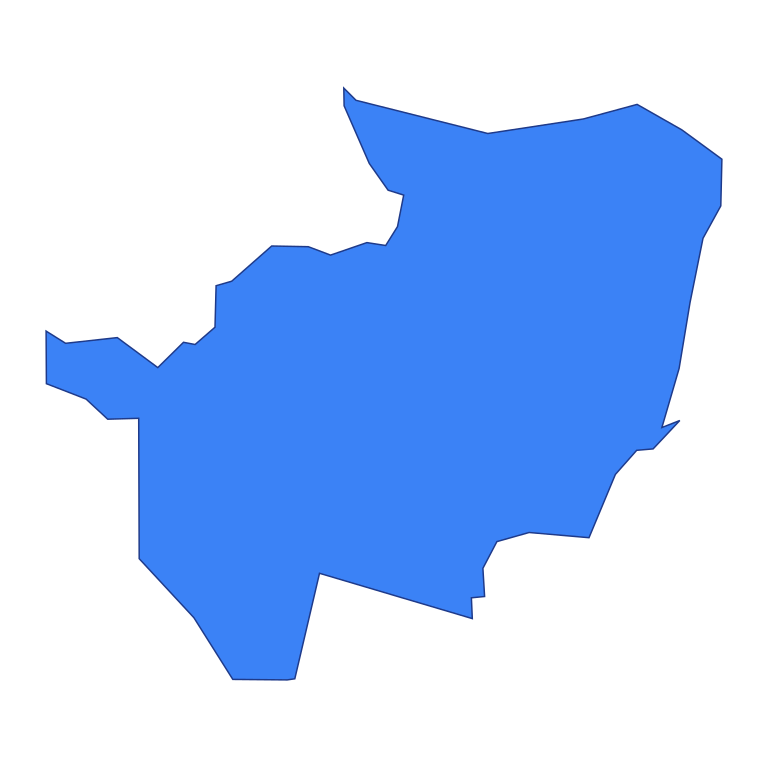 outline of Brantley, Georgia, United States of America
{"feature_id": "52423323B25931574604795", "entity_name": "Brantley", "entity_type": "district", "adm_level": 2, "iso_a3": "USA", "parent_name": "United States of America", "parent_adm1": "Georgia", "projection": "equal_earth", "projection_center": [-82.007, 31.192], "detail": "fine", "context": "isolated", "style": "filled", "palette": "blue", "viewbox_px": 768, "rotation_deg": 0, "n_neighbors": 0, "source": "geoboundaries", "source_scale": "gbopen_adm2", "svg_char_len": 763}
<svg xmlns="http://www.w3.org/2000/svg" viewBox="0 0 768 768"><path d="M232.8,679.4L287.2,679.9L294.8,678.8L319.5,573.3L472.3,618.6L471.4,597.8L484.6,596.5L482.9,568.3L496.9,541.6L529.1,532.5L589.0,537.7L615.4,474.4L636.7,450.3L653.1,448.9L679.8,420.5L661.9,427.5L679.1,368.5L690.0,302.7L703.0,238.3L720.8,205.9L721.9,159.2L681.9,129.9L637.1,104.4L583.2,119.0L487.8,133.5L356.0,100.3L343.8,88.1L344.1,105.8L369.3,163.5L388.1,190.2L403.7,195.1L397.5,226.6L385.7,245.5L366.9,242.6L330.5,255.1L308.3,246.7L271.7,246.0L231.7,281.2L216.1,285.7L215.0,327.2L195.1,344.5L183.5,342.3L157.8,367.6L117.3,337.6L65.6,343.3L46.1,331.1L46.4,383.7L86.1,399.1L107.7,419.2L138.7,418.3L139.2,558.7L193.9,617.7L232.8,679.4Z" fill="#3b82f6" stroke="#1e3a8a" stroke-width="1.5"/></svg>